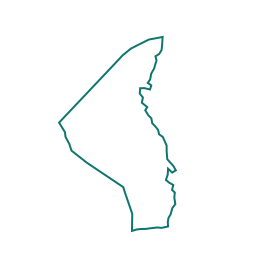 Riachão, Paraíba, Brazil (Robinson projection), rotated 287°
{"feature_id": "56859067B21557901062595", "entity_name": "Riachão", "entity_type": "district", "adm_level": 2, "iso_a3": "BRA", "parent_name": "Brazil", "parent_adm1": "Paraíba", "projection": "robinson", "projection_center": [-35.645, -6.541], "detail": "fine", "context": "isolated", "style": "outline", "palette": "teal", "viewbox_px": 256, "rotation_deg": 287, "n_neighbors": 0, "source": "geoboundaries", "source_scale": "gbopen_adm2", "svg_char_len": 983}
<svg xmlns="http://www.w3.org/2000/svg" viewBox="0 0 256 256"><g transform="rotate(287 128 128)"><path d="M69.1,195.5L74.8,192.7L80.0,191.6L81.7,188.2L86.7,188.0L87.8,183.3L89.4,179.5L95.1,179.6L100.8,178.2L98.3,183.3L101.5,186.1L104.9,182.6L106.9,179.2L109.6,174.7L116.4,172.0L122.6,170.0L126.5,166.6L129.6,163.9L131.1,159.5L134.9,157.4L137.5,153.6L139.7,149.7L144.1,147.5L146.1,143.7L150.0,139.3L153.6,140.3L156.2,133.9L161.6,133.3L164.3,129.2L169.6,128.0L170.9,132.0L171.3,137.8L175.6,137.8L176.9,133.7L180.9,135.0L186.7,134.3L192.6,135.6L197.4,135.5L201.0,135.5L204.6,133.3L208.0,136.2L212.4,137.3L217.6,136.3L225.2,134.5L218.6,122.0L210.3,113.2L204.7,107.5L195.9,101.6L189.5,98.5L113.0,60.5L105.5,69.0L101.3,70.8L95.5,76.6L89.8,80.6L82.7,99.0L70.1,140.7L64.5,144.6L47.1,157.2L30.8,161.9L33.5,166.0L35.2,169.9L36.7,174.5L39.1,179.7L41.4,185.0L42.3,189.3L45.5,195.1L49.9,193.5L53.8,193.0L57.9,194.0L64.4,193.8L69.1,195.5Z" fill="none" stroke="#0f766e" stroke-width="2"/></g></svg>